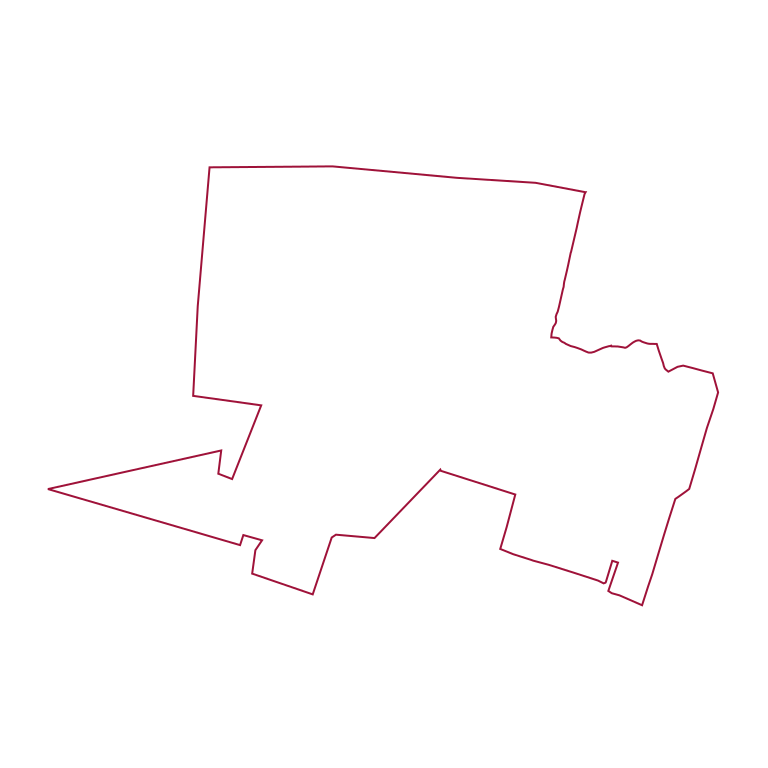 Santa María Guelacé, Oaxaca, Mexico (Mercator projection), rotated 91°
{"feature_id": "50627088B91353096656527", "entity_name": "Santa María Guelacé", "entity_type": "district", "adm_level": 2, "iso_a3": "MEX", "parent_name": "Mexico", "parent_adm1": "Oaxaca", "projection": "mercator", "projection_center": [-96.612, 16.991], "detail": "fine", "context": "isolated", "style": "outline", "palette": "rose", "viewbox_px": 768, "rotation_deg": 91, "n_neighbors": 0, "source": "geoboundaries", "source_scale": "gbopen_adm2", "svg_char_len": 1900}
<svg xmlns="http://www.w3.org/2000/svg" viewBox="0 0 768 768"><g transform="rotate(91 384 384)"><path d="M167.3,439.4L168.0,466.2L170.4,562.2L309.6,571.6L399.2,574.6L407.5,506.4L481.7,534.2L476.6,548.1L453.3,545.6L476.4,641.4L494.9,718.2L547.6,525.1L537.5,522.0L542.4,503.2L552.4,509.7L575.9,512.5L595.6,451.6L538.4,433.6L535.5,429.4L538.2,390.8L468.6,326.2L469.8,325.7L491.8,252.2L492.2,250.8L525.1,258.9L546.9,264.9L551.9,251.9L557.3,233.8L558.0,231.8L561.9,216.2L568.0,195.6L568.2,194.9L569.2,191.5L576.8,166.6L579.5,160.9L578.8,159.1L578.1,158.7L558.0,153.0L556.8,152.7L557.2,151.2L558.5,146.9L587.0,156.1L589.2,152.6L591.2,144.9L600.7,122.1L581.8,116.4L569.6,112.5L553.1,107.9L530.0,101.4L513.8,96.7L493.8,90.7L491.7,87.7L487.7,82.3L485.9,79.9L483.6,77.0L463.9,71.5L441.0,65.4L422.4,60.4L403.3,54.3L386.6,49.8L367.6,55.5L365.0,66.4L362.7,75.5L360.4,85.2L361.7,90.8L366.7,99.9L364.4,102.8L363.4,103.6L361.0,104.6L358.2,105.3L354.0,106.9L345.7,109.9L339.2,112.0L339.2,114.2L339.2,119.5L338.9,121.4L337.7,125.4L337.0,127.2L336.1,128.6L335.9,130.6L336.4,132.6L337.2,134.2L338.3,136.0L340.2,138.4L341.8,140.3L343.1,142.1L343.6,143.6L343.2,145.3L342.4,151.0L342.4,155.2L342.4,157.3L341.7,157.5L341.8,157.9L342.1,158.7L342.3,159.9L343.5,163.9L344.1,165.7L346.4,170.6L348.2,174.4L349.0,177.4L349.0,180.1L347.8,183.3L347.6,183.6L347.4,184.2L346.0,187.3L344.6,191.3L343.7,194.2L342.8,198.0L340.7,202.9L339.7,204.3L338.8,206.5L337.5,208.3L335.3,210.0L334.8,212.2L334.6,214.3L334.5,217.6L330.6,217.3L326.8,216.5L323.8,215.7L321.5,214.1L320.0,213.3L317.9,212.9L316.0,213.2L313.9,213.5L311.1,212.7L308.7,211.6L303.8,210.4L286.3,206.8L283.8,206.1L280.3,205.8L278.2,205.5L276.7,205.1L267.5,203.1L261.6,201.9L249.5,199.6L248.8,199.3L224.8,194.1L220.1,193.2L208.8,190.9L204.3,189.9L190.6,186.8L188.7,185.8L188.7,186.1L180.2,236.0L176.6,314.5L167.3,439.4Z" fill="none" stroke="#9f1239" stroke-width="2"/></g></svg>